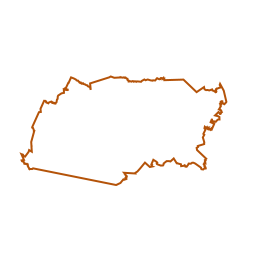 Matamata-Piako District, Waikato, New Zealand, rotated 295°
{"feature_id": "76426892B60758051011646", "entity_name": "Matamata-Piako District", "entity_type": "district", "adm_level": 2, "iso_a3": "NZL", "parent_name": "New Zealand", "parent_adm1": "Waikato", "projection": "natural_earth1", "projection_center": [175.706, -37.685], "detail": "fine", "context": "isolated", "style": "outline", "palette": "amber", "viewbox_px": 256, "rotation_deg": 295, "n_neighbors": 0, "source": "geoboundaries", "source_scale": "gbopen_adm2", "svg_char_len": 5678}
<svg xmlns="http://www.w3.org/2000/svg" viewBox="0 0 256 256"><g transform="rotate(295 128 128)"><path d="M53.7,45.3L53.1,46.0L53.1,46.4L53.1,46.7L53.4,47.0L53.4,47.6L52.6,48.5L51.9,49.0L52.0,49.2L51.9,49.3L51.9,49.6L52.3,49.8L52.4,50.0L52.2,50.7L52.3,51.1L52.8,51.5L52.7,51.8L52.8,52.3L51.9,52.8L51.9,53.0L51.3,53.1L50.9,53.6L50.9,53.8L50.5,54.1L50.1,54.7L50.0,55.0L49.8,55.1L49.4,55.7L49.2,55.8L49.3,56.1L49.1,56.3L49.6,56.8L50.1,57.9L50.2,58.3L50.4,58.6L51.3,59.0L71.3,141.3L75.0,144.4L77.6,145.0L78.3,145.3L79.3,145.4L79.6,145.6L79.8,146.0L79.6,146.4L80.2,146.7L80.4,147.5L81.2,148.1L82.2,147.1L82.2,146.8L83.0,146.9L83.2,147.5L83.4,147.5L83.9,147.1L83.9,146.8L84.2,146.5L84.2,145.7L84.8,145.2L85.0,144.4L85.2,144.1L85.6,144.0L85.8,143.5L89.9,153.9L90.3,153.5L92.5,154.9L96.5,156.1L103.8,158.0L101.9,164.3L103.4,166.3L103.4,165.9L103.6,165.9L103.9,165.3L104.4,165.3L104.3,165.1L104.6,164.6L109.9,164.4L109.4,168.3L109.2,168.5L109.0,169.1L108.0,169.0L107.8,169.1L107.5,169.7L107.8,173.6L108.8,175.5L109.8,175.7L110.9,175.3L114.3,177.0L115.3,179.1L115.6,180.6L119.7,182.3L116.6,187.1L116.6,187.3L117.0,187.8L116.9,188.1L117.5,191.3L115.9,192.3L117.3,194.5L118.2,195.1L117.3,196.3L117.7,196.7L117.6,197.1L117.7,197.5L120.5,198.1L120.8,198.0L121.4,198.0L121.7,198.8L121.8,199.0L121.9,199.4L122.0,199.5L122.3,200.1L123.6,200.8L124.2,202.0L124.2,203.9L122.9,211.0L122.3,211.3L121.7,212.0L122.2,213.7L123.8,214.4L124.0,214.6L124.1,215.5L124.4,215.5L125.3,214.6L125.4,213.6L126.1,213.1L126.4,213.1L126.6,213.2L126.9,212.6L127.1,212.5L127.3,211.9L128.1,212.1L128.5,212.9L128.9,212.2L129.3,212.4L129.5,212.2L129.8,212.4L130.4,211.8L131.4,212.0L131.6,211.3L133.2,211.9L137.2,199.9L139.0,198.6L140.4,199.5L141.2,198.9L145.6,203.8L146.5,203.3L146.8,203.4L147.5,203.0L151.1,199.8L154.1,200.0L154.3,199.1L154.5,198.8L159.9,198.9L159.8,197.9L159.9,197.5L160.1,197.4L161.6,197.1L161.4,197.8L161.2,198.7L161.2,198.9L160.9,198.9L160.9,199.2L161.1,199.4L161.3,199.3L161.6,198.9L162.0,199.1L161.6,199.4L161.8,199.6L162.1,199.6L161.9,200.0L162.1,200.3L161.8,200.2L161.2,200.3L160.9,200.8L160.7,201.0L160.8,201.6L161.2,201.5L161.4,201.7L161.4,202.0L161.8,202.3L161.4,202.7L161.3,203.1L161.7,203.0L161.9,203.2L162.0,203.7L161.9,204.2L162.5,204.1L162.3,204.5L168.2,204.4L168.2,200.4L171.0,200.3L171.1,200.6L169.6,201.3L169.5,201.2L169.4,201.2L170.2,202.6L170.2,203.1L170.5,203.6L170.3,204.0L170.7,204.9L171.3,205.0L173.4,205.8L174.0,206.4L174.4,207.3L176.6,206.2L176.7,204.8L176.8,204.6L176.5,203.4L176.8,203.0L176.5,202.9L176.5,202.6L176.3,202.4L176.3,202.1L176.2,201.6L180.8,203.3L180.0,204.8L179.9,205.2L179.6,205.5L179.8,205.8L180.4,205.8L180.5,206.0L180.9,206.0L180.9,205.9L181.2,206.0L181.8,205.7L182.2,205.7L182.3,206.0L183.0,205.3L183.0,205.0L183.1,204.2L183.5,204.3L184.0,202.9L183.8,202.6L186.5,202.9L186.5,202.7L187.3,202.3L188.1,202.5L188.3,202.1L188.5,202.5L189.1,202.5L189.1,202.3L188.9,202.0L189.1,201.8L189.2,201.4L189.4,201.5L189.6,201.3L190.3,201.4L190.5,201.4L190.6,201.0L190.7,200.9L191.2,201.0L192.0,201.7L192.1,202.2L191.9,202.3L191.1,202.5L190.7,202.7L190.2,202.6L190.1,202.8L190.4,203.2L190.4,203.7L190.6,203.7L190.5,204.6L190.3,204.8L190.2,204.6L190.2,205.2L192.7,206.1L193.3,206.1L202.3,199.0L206.9,192.8L205.8,192.9L204.3,194.8L204.0,194.9L202.8,193.5L202.1,192.9L201.5,192.2L201.4,191.9L200.8,191.9L200.6,191.4L200.1,191.3L199.3,191.5L199.2,191.7L199.2,192.0L198.8,192.3L198.4,192.7L198.0,192.7L197.9,192.4L197.5,192.3L197.9,189.8L197.7,188.7L198.5,187.9L196.4,185.8L196.1,184.1L195.3,182.7L195.4,181.1L196.1,180.4L197.2,179.6L189.5,175.0L195.3,157.8L186.7,140.7L187.9,140.1L187.4,139.8L187.5,139.1L188.1,138.8L186.9,138.3L187.2,138.0L187.5,137.5L187.2,136.7L186.6,136.4L185.9,136.5L185.4,135.8L185.3,134.7L185.4,134.4L185.3,134.1L185.5,133.6L185.3,133.2L182.6,132.6L182.4,132.0L182.2,131.7L181.8,130.5L181.3,130.3L180.7,128.3L180.3,125.4L178.7,123.7L178.9,122.3L176.5,120.6L175.4,120.3L174.3,117.0L173.6,116.0L173.4,115.9L173.6,115.4L173.4,115.1L173.0,114.1L172.4,113.7L172.6,112.7L172.4,112.5L172.3,112.1L172.2,112.0L171.5,111.6L171.4,110.5L171.2,110.1L170.9,109.9L170.8,109.4L170.5,109.0L171.1,108.7L171.0,108.2L171.1,107.7L171.3,107.7L171.3,107.4L172.4,106.7L172.3,106.2L172.2,106.0L172.4,105.0L172.6,104.8L172.5,104.5L172.6,104.3L172.2,104.0L172.3,103.7L172.2,103.6L172.2,103.3L172.0,103.2L171.9,102.4L171.5,102.1L171.3,101.7L171.1,101.1L171.1,100.5L170.7,100.0L170.8,99.4L170.3,99.2L167.7,94.3L167.4,90.6L166.0,89.6L152.4,74.8L146.8,78.1L149.4,75.9L149.0,75.2L148.8,74.7L148.9,73.9L149.5,73.2L149.3,72.7L149.2,71.7L149.4,70.5L149.2,70.1L149.2,69.6L149.1,69.0L149.3,68.8L149.1,68.7L149.2,68.1L148.9,67.8L149.1,67.6L148.7,67.1L148.9,66.8L148.7,66.2L149.1,66.0L148.9,65.7L149.0,65.4L148.7,65.4L148.7,65.1L149.0,64.7L148.9,64.6L149.2,64.2L149.2,63.7L149.3,63.4L149.8,62.8L149.4,61.3L149.7,60.8L149.9,60.3L150.0,57.8L149.8,55.0L143.8,55.1L143.7,54.8L138.5,54.8L136.9,53.8L137.3,56.9L137.0,56.9L136.9,57.1L136.7,56.9L135.7,53.6L132.8,55.1L131.3,53.1L127.9,51.0L127.0,51.0L124.6,51.9L123.8,51.6L121.1,52.3L120.3,51.9L119.5,52.0L119.3,51.7L119.2,51.2L119.1,50.7L119.6,50.5L119.5,49.7L119.3,49.4L118.8,49.1L118.7,48.7L118.8,48.5L119.5,48.1L119.6,47.7L119.6,47.4L118.1,45.9L117.3,45.3L116.7,45.3L116.6,43.1L116.8,42.8L117.4,42.7L117.5,42.5L117.6,41.3L117.3,40.9L117.2,40.5L108.4,40.6L105.7,42.2L104.7,40.6L88.5,40.8L88.3,40.9L88.0,40.9L87.9,41.0L88.1,41.4L87.9,41.9L87.4,42.3L86.8,43.1L86.0,43.7L85.5,43.9L85.5,44.1L85.6,44.3L74.4,46.2L71.1,48.0L70.9,48.3L70.5,48.3L65.9,50.8L66.2,47.7L64.3,48.0L58.5,46.8L58.5,46.2L58.6,45.7L58.7,45.3L59.1,44.5L59.2,44.2L59.4,44.1L59.5,43.7L59.2,42.8L59.2,42.5L55.1,47.2L53.7,45.3Z" fill="none" stroke="#b45309" stroke-width="2"/></g></svg>